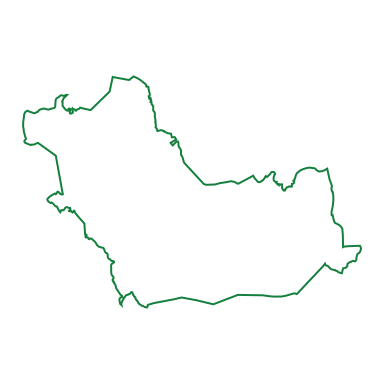 the district of Ocampo, Michoacán, Mexico
{"feature_id": "50627088B22128423990537", "entity_name": "Ocampo", "entity_type": "district", "adm_level": 2, "iso_a3": "MEX", "parent_name": "Mexico", "parent_adm1": "Michoacán", "projection": "robinson", "projection_center": [-100.33, 19.586], "detail": "fine", "context": "isolated", "style": "outline", "palette": "green", "viewbox_px": 384, "rotation_deg": 0, "n_neighbors": 0, "source": "geoboundaries", "source_scale": "gbopen_adm2", "svg_char_len": 5909}
<svg xmlns="http://www.w3.org/2000/svg" viewBox="0 0 384 384"><path d="M327.2,168.7L324.4,170.3L322.0,171.2L319.2,171.5L318.1,171.2L316.5,170.0L315.5,168.9L314.5,168.2L312.6,168.1L310.1,167.6L306.7,168.0L303.2,169.1L300.3,170.4L297.0,173.1L296.0,174.9L295.2,177.6L294.5,179.1L294.6,179.8L294.2,180.3L293.8,180.4L293.4,180.8L293.7,181.0L293.9,180.7L294.2,181.4L294.2,182.2L293.7,183.1L293.3,183.6L292.0,183.8L292.0,184.6L291.9,184.9L291.8,185.0L291.8,185.5L291.9,186.6L291.7,186.7L290.6,186.7L289.4,186.3L288.7,186.8L287.1,187.2L286.7,187.5L286.2,188.4L284.8,189.7L284.7,190.0L285.0,190.5L284.9,190.6L283.6,190.5L282.9,189.7L282.1,187.7L282.0,184.3L281.6,184.3L280.6,184.7L279.7,184.2L279.4,184.2L279.1,184.4L278.8,184.4L278.8,184.8L278.3,184.3L278.1,183.8L278.1,183.2L277.6,184.3L276.3,183.0L276.7,181.9L275.3,181.8L273.9,180.6L273.6,179.7L273.6,177.5L274.2,175.3L275.1,174.2L275.1,173.6L273.7,171.9L271.5,172.1L269.7,174.4L267.0,177.0L265.8,176.1L265.0,177.2L264.6,178.3L263.6,179.4L263.2,179.8L263.0,180.2L261.8,180.8L261.7,181.2L259.8,182.1L259.0,182.2L257.9,181.9L254.5,178.0L253.2,175.7L238.4,183.7L237.3,183.5L234.5,181.9L231.0,181.2L226.7,182.1L220.1,183.1L214.9,184.5L206.0,184.8L203.7,183.9L184.3,162.9L183.8,161.9L182.7,157.8L182.3,156.8L181.5,155.4L181.0,154.8L181.0,153.0L181.1,151.7L181.0,150.4L179.9,148.1L179.1,147.3L178.5,146.0L178.5,144.1L178.2,141.7L177.0,141.5L176.4,141.7L172.7,145.4L170.6,142.8L176.2,139.5L174.7,137.1L171.9,137.3L171.0,133.7L167.6,133.2L163.7,131.3L163.8,130.9L162.9,130.7L161.2,130.1L157.4,131.0L157.0,129.6L156.7,128.9L156.6,128.3L155.8,127.6L155.5,127.0L155.9,126.1L155.7,124.0L155.4,122.8L155.7,122.1L155.3,121.8L155.5,120.1L154.7,115.5L154.9,114.6L154.8,112.8L154.2,111.6L153.5,111.0L153.2,110.4L153.2,106.1L153.0,105.8L152.1,104.6L151.8,104.6L151.6,103.9L151.5,102.1L150.5,102.0L150.5,101.4L151.2,100.0L150.8,99.4L150.3,99.4L149.7,99.0L150.4,98.3L150.7,98.3L150.7,98.2L150.1,97.6L149.8,97.7L149.6,98.3L149.1,98.0L148.7,96.2L149.2,95.9L149.8,94.9L149.9,94.3L148.7,89.6L148.4,87.7L148.5,87.2L148.3,86.9L148.0,86.7L147.4,86.6L146.4,86.6L146.2,86.3L146.3,85.3L146.2,84.9L145.6,84.2L140.1,79.8L136.8,77.9L133.4,76.5L131.7,78.0L130.5,78.8L129.6,79.8L128.4,79.9L112.7,77.0L109.6,91.6L90.6,110.1L81.1,108.0L80.2,107.6L78.8,109.0L77.0,109.6L76.4,109.9L75.9,110.7L75.2,110.4L74.9,109.7L74.7,109.4L74.3,109.3L73.0,109.2L72.8,109.0L72.8,108.7L72.5,108.4L72.1,109.7L72.5,111.0L73.0,111.8L72.7,112.8L70.7,113.7L70.1,113.4L69.8,112.9L70.2,108.9L69.7,108.6L68.6,108.7L67.8,110.8L66.7,110.4L66.1,109.8L65.8,109.8L64.6,108.5L62.9,106.3L62.5,105.2L62.7,103.4L62.1,101.4L62.6,101.1L63.1,99.4L63.8,98.1L67.1,94.9L66.5,94.8L64.5,95.6L63.2,95.8L61.9,95.3L60.8,95.3L59.1,96.7L56.6,98.4L56.0,99.2L55.6,100.3L55.2,106.8L54.8,107.4L54.1,108.0L53.3,108.3L51.4,108.6L49.0,109.5L47.6,109.5L44.7,108.7L43.0,108.6L39.5,109.8L38.5,110.8L38.0,111.7L37.3,111.9L34.4,113.3L29.6,111.7L27.5,110.7L25.5,111.8L24.3,113.9L23.2,122.2L23.2,124.6L23.0,126.1L23.6,128.5L23.7,130.8L25.0,136.0L26.0,138.8L24.4,140.9L24.4,141.6L24.7,142.3L25.4,142.9L30.7,145.1L31.4,144.7L32.2,144.6L34.0,144.6L36.9,143.2L38.0,142.9L55.8,155.7L62.8,194.3L61.9,194.5L60.7,194.1L60.0,193.6L58.5,191.9L57.7,191.7L57.2,192.0L56.7,193.4L55.8,194.2L55.0,193.5L52.4,194.8L49.4,196.9L47.6,198.7L47.3,199.5L47.3,199.8L48.4,201.5L50.3,202.9L50.9,203.0L51.5,202.5L53.3,203.7L55.3,206.2L56.9,206.5L58.6,210.0L60.2,212.3L60.5,211.8L60.9,210.6L61.2,210.2L63.6,210.2L65.4,207.7L66.6,207.1L67.3,207.2L68.0,207.7L69.3,208.0L70.1,208.0L70.4,209.2L69.1,210.6L69.0,211.0L70.0,211.3L70.5,211.0L71.0,210.9L72.2,212.3L72.6,212.5L73.8,210.8L74.2,210.7L74.5,211.0L74.8,212.4L78.2,216.6L84.4,223.6L85.1,234.4L86.2,234.6L86.5,234.8L86.5,235.4L85.9,235.7L85.6,236.3L85.5,236.8L85.7,237.3L87.6,237.3L87.9,237.6L88.5,238.8L89.3,239.2L90.2,238.4L91.4,238.6L94.7,241.5L96.2,243.4L96.9,245.0L99.0,246.8L103.2,247.9L103.7,248.3L105.0,251.7L105.6,252.6L105.9,252.9L106.6,253.0L107.5,253.9L107.7,254.7L107.7,256.9L108.5,258.5L109.4,259.1L110.2,259.4L111.1,260.6L111.5,260.9L113.6,261.2L114.1,262.0L114.0,262.4L111.6,264.0L111.1,265.5L111.0,266.2L111.2,267.5L111.2,271.7L111.4,273.9L111.7,274.9L113.4,276.9L113.6,277.7L113.5,278.6L112.7,279.3L112.6,280.2L113.4,281.2L113.1,281.2L113.6,282.4L115.4,284.8L116.0,287.7L116.8,289.2L120.3,294.5L122.0,295.8L122.3,296.4L122.4,296.8L122.3,297.1L120.5,297.5L119.4,299.1L119.6,301.2L120.1,303.8L121.5,305.1L121.2,303.9L121.2,303.5L121.8,302.5L122.7,300.1L126.0,295.3L126.6,295.0L127.9,294.8L128.5,294.2L129.4,294.2L130.5,293.2L130.8,292.5L131.2,292.2L131.6,292.1L132.1,292.2L132.8,293.6L133.0,294.7L133.6,295.2L133.9,296.1L134.5,296.7L135.3,297.2L135.4,297.5L135.4,298.1L136.1,299.8L137.1,300.5L137.2,301.1L138.0,301.9L138.4,303.2L139.0,303.6L139.4,304.2L141.1,305.1L141.6,305.7L143.0,305.9L143.5,306.3L144.6,306.9L146.8,307.5L147.0,307.5L147.5,306.7L147.6,305.3L147.8,305.1L148.7,304.6L153.9,303.1L173.9,299.3L181.5,297.5L196.3,300.2L213.3,304.3L237.9,294.9L262.8,295.3L270.0,296.3L274.1,296.6L281.8,296.5L286.0,295.7L294.3,293.3L296.8,294.1L323.0,266.3L325.0,263.7L325.3,264.6L325.6,265.1L326.2,265.5L327.2,265.7L328.3,266.3L329.8,268.2L331.4,269.3L334.7,270.2L335.2,270.1L335.8,270.7L337.3,271.1L337.8,271.8L338.6,272.3L341.8,273.3L343.1,268.3L343.8,268.3L346.3,267.5L346.6,266.6L347.0,266.4L347.4,266.0L347.4,264.4L347.7,263.6L348.9,262.8L349.8,262.1L351.4,261.7L352.2,261.1L352.9,260.9L353.5,260.9L354.9,261.4L355.3,261.3L356.3,259.8L356.5,259.0L356.4,257.9L357.0,255.3L357.6,253.8L359.2,252.9L360.1,251.6L361.0,249.0L360.9,248.0L360.3,246.4L359.8,245.8L348.0,246.2L344.1,246.6L343.1,247.1L342.8,234.6L342.3,228.8L341.4,227.2L340.5,226.1L338.7,224.7L335.0,222.9L334.1,221.3L332.6,215.1L331.7,215.2L331.5,212.7L331.7,211.0L332.4,208.0L333.0,204.1L333.4,200.1L333.3,196.3L332.8,192.1L332.1,191.7L331.6,189.8L331.4,187.9L332.0,186.5L331.2,183.8L329.5,179.1L327.2,168.7Z" fill="none" stroke="#15803d" stroke-width="2"/></svg>